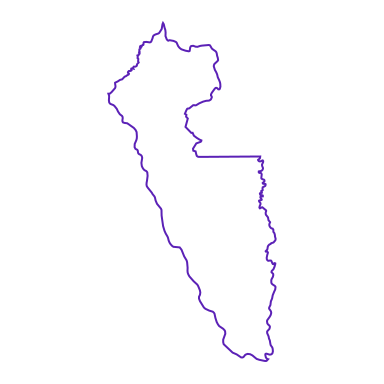 outline of Mutarara, Tete, Mozambique
{"feature_id": "85939544B58328889190937", "entity_name": "Mutarara", "entity_type": "district", "adm_level": 2, "iso_a3": "MOZ", "parent_name": "Mozambique", "parent_adm1": "Tete", "projection": "robinson", "projection_center": [35.123, -17.229], "detail": "fine", "context": "isolated", "style": "outline", "palette": "violet", "viewbox_px": 384, "rotation_deg": 0, "n_neighbors": 0, "source": "geoboundaries", "source_scale": "gbopen_adm2", "svg_char_len": 5977}
<svg xmlns="http://www.w3.org/2000/svg" viewBox="0 0 384 384"><path d="M268.1,359.2L267.2,358.9L266.6,358.5L265.8,357.2L265.3,354.9L265.4,354.1L265.7,353.8L266.6,353.7L269.5,354.6L270.9,354.5L271.9,353.9L272.4,353.3L272.9,351.4L272.7,348.9L272.3,347.5L270.7,345.2L270.4,344.0L269.8,340.4L269.0,338.6L268.6,336.4L267.2,333.2L267.1,331.8L267.3,331.2L269.4,328.9L269.8,327.6L269.9,326.6L269.4,325.6L268.0,324.4L267.3,323.3L267.0,321.1L267.2,320.3L269.7,316.8L270.6,315.2L271.1,313.6L271.2,312.6L271.0,311.6L270.5,310.6L269.3,309.0L269.1,308.5L269.2,307.5L270.4,305.1L270.9,301.3L272.1,298.5L272.7,295.3L274.2,291.6L275.2,289.5L275.5,287.2L275.4,286.6L274.7,285.8L272.4,284.3L271.6,283.4L271.3,282.3L271.3,281.1L271.3,280.1L271.6,279.2L272.9,276.8L273.3,275.0L273.1,273.8L271.5,272.2L271.6,271.3L271.9,270.8L273.4,269.3L274.5,266.8L275.3,263.9L275.3,263.4L274.7,263.1L274.1,263.3L273.4,264.1L272.8,264.0L272.3,263.2L271.5,261.2L271.0,260.6L270.1,260.5L268.5,260.8L268.0,260.7L267.2,260.0L266.8,259.1L266.7,257.7L267.2,255.1L267.9,252.8L267.9,252.4L267.3,251.7L266.0,251.7L265.7,251.2L267.2,249.6L267.4,249.1L267.8,246.6L268.3,245.6L269.5,244.4L270.5,244.1L271.2,243.2L273.2,242.6L273.7,242.3L274.5,241.2L275.0,240.8L275.5,239.9L275.6,238.7L275.0,236.5L274.9,235.1L274.4,233.2L273.4,231.9L273.3,229.6L272.6,228.6L271.8,228.5L270.8,227.9L270.0,226.9L269.4,225.7L269.3,224.2L270.1,222.2L268.5,220.2L268.0,217.4L265.9,214.7L265.7,213.8L265.7,212.5L266.2,210.9L266.0,210.3L262.4,207.3L261.4,207.5L260.4,208.2L259.8,208.3L259.4,207.6L259.7,206.1L260.5,204.2L260.5,203.5L260.3,202.8L259.2,201.6L259.0,200.8L259.1,200.6L259.5,200.4L261.1,200.1L261.7,199.7L261.6,199.2L260.4,197.6L260.4,196.9L260.6,196.6L261.0,196.5L262.8,196.4L262.9,196.0L262.6,195.4L260.6,194.9L260.2,194.7L259.9,193.6L260.2,193.1L261.7,192.9L261.9,192.7L261.8,192.1L261.2,191.3L261.3,190.9L262.3,190.5L262.7,190.1L262.5,188.3L262.7,187.3L264.8,186.2L265.3,185.8L265.6,184.9L265.6,184.2L265.2,183.9L263.2,183.8L262.8,183.4L262.7,182.9L264.1,181.7L264.5,181.1L264.4,180.2L264.0,179.7L262.5,179.2L261.6,178.7L261.3,178.1L261.7,174.5L261.4,173.5L260.7,172.8L259.3,172.9L258.7,172.1L258.8,171.4L261.0,171.0L261.8,170.6L262.4,170.0L262.9,168.9L263.0,168.1L262.1,165.8L262.0,164.6L263.1,162.2L263.2,161.1L262.7,160.4L262.4,160.4L260.8,161.3L259.7,161.4L259.0,161.2L258.2,160.4L258.1,159.8L259.6,158.7L260.0,158.0L260.2,156.5L198.8,156.9L197.7,156.6L196.8,155.9L196.2,154.1L195.6,151.4L193.3,150.7L193.0,148.7L196.3,143.4L200.7,141.8L201.3,141.0L201.4,140.4L199.7,139.7L196.8,137.9L193.9,135.7L192.6,132.8L191.3,132.9L185.5,126.9L187.8,118.5L186.1,116.7L186.4,114.8L184.9,113.8L186.3,110.4L187.2,108.8L187.9,108.5L188.9,108.5L189.7,108.0L193.2,105.2L194.6,105.2L195.1,105.4L196.2,105.2L199.3,103.3L203.2,101.6L206.2,100.8L209.0,100.6L210.5,99.8L211.0,99.2L211.8,97.4L211.7,96.4L211.0,95.6L211.0,94.4L211.8,92.8L214.6,88.9L215.5,88.0L216.1,87.8L217.1,88.1L218.3,89.3L219.0,89.4L219.5,89.2L219.8,88.8L220.4,86.7L220.3,84.1L220.0,82.4L219.1,80.0L217.8,77.3L217.1,74.3L216.2,72.2L214.9,69.9L213.8,66.4L213.9,65.2L214.4,64.0L217.5,61.1L218.1,60.1L217.8,57.9L217.1,55.7L216.7,53.3L216.2,52.0L215.5,51.2L213.3,49.7L211.9,48.6L210.2,45.7L209.9,45.3L208.9,45.0L202.1,45.6L200.2,45.9L197.5,46.8L195.7,46.7L193.2,45.8L191.5,46.0L190.8,46.3L190.2,47.5L189.7,50.8L189.5,51.1L188.7,51.3L185.5,50.7L181.4,49.3L179.8,48.1L178.9,47.1L178.1,46.0L176.6,42.6L175.8,41.9L173.5,40.9L169.6,40.2L168.2,40.7L167.0,39.7L166.6,39.0L165.5,36.1L165.6,32.5L165.3,29.9L164.5,27.5L163.8,24.3L163.0,23.0L162.5,24.2L161.7,29.0L159.8,32.0L159.1,33.0L158.4,33.5L155.3,34.5L153.6,35.5L153.0,36.5L152.5,38.4L151.2,41.6L150.5,42.2L149.7,42.4L146.4,41.9L144.0,42.1L143.5,42.9L143.5,44.3L143.3,44.9L142.5,45.0L142.3,45.2L141.4,46.9L141.1,46.9L140.6,46.0L140.2,46.2L139.9,47.2L140.6,48.0L140.6,48.3L140.4,48.7L139.4,49.3L139.3,50.3L139.6,51.8L139.1,52.0L139.0,52.3L139.5,53.0L139.6,53.7L139.1,54.2L138.7,54.3L138.5,55.2L137.4,55.5L137.8,57.0L137.5,58.0L138.3,58.9L138.1,61.4L138.7,62.4L138.4,62.9L137.8,63.3L137.2,64.1L136.9,64.8L136.9,65.4L136.5,66.1L135.2,66.7L133.7,66.7L133.0,67.8L133.4,68.7L132.0,68.4L131.4,68.5L131.1,69.1L131.5,69.6L131.6,70.2L131.4,70.4L130.7,70.9L128.9,71.0L128.1,71.8L127.9,72.6L128.0,72.9L128.8,73.4L129.0,73.8L128.6,74.5L127.1,75.3L125.9,76.2L124.6,76.7L122.2,79.3L120.0,79.9L117.8,81.4L115.1,82.7L115.1,83.7L115.5,86.2L115.3,87.6L115.0,88.2L111.6,92.1L109.9,93.6L108.4,93.7L109.1,95.7L109.1,97.3L108.9,100.2L109.2,102.4L109.7,103.2L110.4,103.9L113.4,105.1L114.5,106.0L116.8,108.9L118.0,111.5L119.8,114.2L122.1,116.0L122.6,117.0L122.7,118.3L122.4,120.2L122.5,121.5L123.0,122.4L124.4,122.9L127.3,123.3L133.8,127.9L135.6,130.0L136.6,132.1L136.9,136.4L136.8,138.3L136.4,140.0L134.7,144.0L134.6,147.2L135.5,148.9L137.1,149.7L137.7,150.4L138.1,152.8L138.4,153.5L139.2,154.2L140.6,154.8L141.3,155.5L141.8,156.2L142.2,157.9L141.4,162.9L141.8,166.0L142.5,167.6L143.3,168.9L144.4,170.1L146.3,171.1L147.0,171.9L147.3,172.5L147.6,175.9L147.0,180.7L146.6,182.8L146.5,184.7L146.8,186.2L147.7,187.6L151.8,192.7L152.5,194.0L154.5,196.5L155.0,197.7L155.6,200.5L157.0,203.8L161.0,208.7L161.5,210.0L161.6,215.4L162.0,218.5L163.1,226.1L164.5,230.8L165.7,233.5L167.5,236.6L168.0,237.8L168.7,240.6L169.5,242.5L170.2,243.7L171.1,244.8L172.1,245.9L173.4,246.8L179.7,247.4L181.5,249.7L184.2,256.4L186.6,260.4L187.1,262.2L187.6,267.7L187.5,270.8L187.7,272.7L188.3,274.4L189.4,276.4L193.6,281.2L197.3,284.6L198.2,286.1L199.9,290.3L200.3,292.5L200.0,294.7L199.0,296.8L199.0,297.6L199.0,298.6L200.0,301.2L203.9,307.5L205.4,308.8L209.2,310.6L212.8,311.7L213.9,312.7L214.5,313.7L215.4,317.9L216.7,322.0L217.9,324.3L219.2,326.1L223.2,328.8L224.6,330.3L225.1,331.3L225.3,333.8L223.2,339.6L223.2,342.2L223.7,344.2L232.6,352.6L236.7,354.4L241.1,357.4L242.2,357.5L243.2,357.2L243.7,356.8L245.1,355.0L246.1,354.4L247.6,353.9L250.1,354.2L252.4,355.4L256.6,358.9L259.3,359.8L264.5,360.9L265.9,361.0L266.6,360.8L268.1,359.2Z" fill="none" stroke="#5b21b6" stroke-width="2"/></svg>